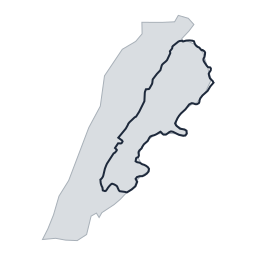 location of Beqaa within Lebanon
{"feature_id": "LBN-3022", "entity_name": "Beqaa", "entity_type": "Province", "adm_level": 1, "iso_a3": "LBN", "parent_name": "Lebanon", "parent_adm1": "", "projection": "natural_earth1", "projection_center": [36.105, 33.959], "detail": "fine", "context": "in_parent", "style": "outline", "palette": "slate", "viewbox_px": 256, "rotation_deg": 0, "n_neighbors": 0, "source": "natural_earth", "source_scale": "10m", "svg_char_len": 3307}
<svg xmlns="http://www.w3.org/2000/svg" viewBox="0 0 256 256"><path d="M141.9,22.3L161.8,22.4L174.6,21.8L178.3,15.4L188.3,18.3L193.9,24.5L188.9,31.1L181.8,38.6L182.2,40.5L187.5,41.1L196.5,45.2L202.1,50.0L211.3,79.6L205.6,91.8L196.8,102.7L192.8,103.7L185.1,109.1L178.6,116.5L176.3,121.2L176.8,125.6L186.0,131.1L186.3,133.3L184.4,135.0L176.9,133.8L167.3,133.3L161.7,133.3L155.1,134.4L146.7,141.1L143.0,145.5L141.0,148.3L138.0,157.4L141.3,163.7L147.6,167.2L148.5,169.0L147.1,172.2L140.9,176.1L136.2,180.9L134.8,185.9L129.6,190.6L126.4,192.8L120.3,199.3L114.2,204.5L101.9,212.6L99.1,217.5L96.4,213.1L91.1,216.1L86.6,234.5L77.2,240.6L65.5,240.1L55.7,238.3L42.5,239.5L47.9,228.8L53.5,214.9L59.0,196.1L68.7,180.5L88.8,127.6L100.3,106.2L104.5,75.8L122.3,49.3L135.7,41.4L142.1,33.8L141.9,22.3Z" fill="#d9dde1" stroke="#a8b0b8" stroke-width="1"/><path d="M129.7,190.7L126.9,192.4L124.9,191.9L119.7,191.2L119.3,190.8L118.8,190.2L117.7,187.8L117.3,186.8L116.7,185.9L114.4,184.5L112.1,183.7L111.6,183.9L110.8,184.5L109.2,186.2L108.0,187.7L107.0,189.3L105.9,190.8L105.0,191.1L102.8,190.4L102.4,187.3L101.9,186.6L101.4,185.3L101.2,184.8L100.7,183.0L100.4,179.6L101.4,178.8L101.9,178.2L102.7,177.0L103.0,176.4L103.3,175.5L104.9,168.7L106.3,165.1L107.0,163.6L113.6,153.4L114.7,152.8L115.2,152.4L115.8,151.6L116.7,150.5L116.8,150.1L116.8,149.8L115.0,148.0L118.1,143.3L119.0,143.3L120.3,143.5L120.6,143.4L121.0,143.4L121.3,143.3L121.6,143.0L121.9,142.8L122.6,141.5L122.1,140.5L118.3,137.7L125.8,128.6L127.7,125.2L128.2,124.0L128.3,123.7L129.6,122.1L134.7,117.3L136.1,116.6L139.2,111.7L144.4,101.2L144.8,92.7L145.0,91.7L145.9,89.3L148.5,89.1L148.8,89.0L149.1,88.9L149.5,88.4L151.9,84.2L152.3,83.0L152.7,79.4L156.9,73.9L160.4,70.2L161.7,65.6L161.9,65.1L162.3,64.5L163.3,63.5L165.6,61.6L166.5,60.7L167.1,60.0L170.2,53.4L170.3,53.0L169.9,51.3L172.1,48.5L172.2,48.1L172.3,47.8L172.3,47.2L172.3,46.9L172.4,46.7L172.5,46.5L173.0,45.9L178.0,41.9L178.3,41.6L179.7,41.0L182.1,40.7L182.5,41.3L182.8,41.4L183.1,41.4L183.4,41.4L183.7,41.3L186.0,40.6L189.3,40.4L192.4,40.7L194.0,41.3L194.7,43.6L195.8,45.4L197.4,46.8L199.3,47.6L201.0,49.7L201.8,50.3L202.6,50.0L204.4,51.3L205.1,52.5L205.0,54.1L204.6,56.4L204.3,57.4L203.8,58.0L203.5,58.7L203.4,59.9L203.7,61.0L204.3,62.1L206.7,65.7L207.9,67.0L208.8,67.4L209.6,67.3L210.3,67.5L210.9,68.6L210.7,70.4L209.6,72.0L208.7,73.8L209.3,76.4L210.0,78.4L212.8,81.2L213.4,82.6L213.5,82.7L210.3,86.4L207.6,90.9L202.5,95.4L200.3,98.3L199.6,100.2L199.4,101.9L198.8,103.2L196.9,104.2L195.4,104.2L192.9,103.3L191.6,103.2L189.2,104.4L185.4,109.4L180.9,113.5L179.1,115.7L177.5,118.2L175.1,123.3L175.3,123.8L176.0,125.2L176.7,126.0L180.1,128.7L184.6,129.5L186.5,130.7L186.8,133.6L185.4,135.5L183.2,135.8L178.9,134.8L173.0,131.8L171.0,131.4L169.3,132.1L167.7,133.4L165.9,134.6L163.5,134.6L162.6,134.0L161.1,132.2L160.4,131.7L156.3,134.3L154.3,135.2L152.2,135.7L150.3,136.5L149.2,138.0L147.7,141.0L143.9,144.3L142.3,146.8L141.6,148.4L139.5,150.3L138.7,151.6L138.5,152.8L138.9,155.3L138.5,156.7L138.0,157.2L136.5,157.8L136.1,158.3L135.6,161.3L137.1,162.2L139.7,162.7L142.3,164.3L143.9,164.7L146.1,165.8L148.0,167.3L149.0,168.9L148.6,171.5L146.8,173.6L144.5,175.2L142.3,176.2L139.6,176.2L136.9,177.1L135.6,178.9L137.2,181.8L135.4,186.3L131.8,189.4L129.7,190.7Z" fill="none" stroke="#1e293b" stroke-width="2"/></svg>